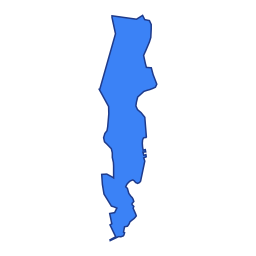 outline of Seo-gu [West District], Busan, South Korea
{"feature_id": "91817680B65504384218086", "entity_name": "Seo-gu [West District]", "entity_type": "district", "adm_level": 2, "iso_a3": "KOR", "parent_name": "South Korea", "parent_adm1": "Busan", "projection": "robinson", "projection_center": [129.018, 35.1], "detail": "fine", "context": "isolated", "style": "filled", "palette": "blue", "viewbox_px": 256, "rotation_deg": 0, "n_neighbors": 0, "source": "geoboundaries", "source_scale": "gbopen_adm2", "svg_char_len": 1495}
<svg xmlns="http://www.w3.org/2000/svg" viewBox="0 0 256 256"><path d="M101.7,174.4L102.4,184.5L104.0,194.1L111.4,206.1L114.1,206.9L116.9,208.1L114.6,212.6L109.7,213.5L111.8,223.8L110.0,224.9L115.7,236.8L110.0,239.8L110.2,240.6L118.6,236.6L120.0,236.7L120.8,236.8L123.3,235.9L123.9,235.0L124.6,232.7L123.5,232.2L124.5,226.8L127.5,226.2L129.1,223.9L129.9,221.9L131.8,220.3L134.1,218.5L135.3,217.2L136.3,215.9L135.7,214.1L133.1,208.2L133.8,206.4L132.1,204.7L132.1,203.4L133.8,201.5L133.1,199.2L132.2,197.6L130.9,196.3L128.8,193.4L127.4,188.4L126.8,187.8L125.7,186.8L126.8,184.4L128.5,182.4L130.3,180.9L132.8,179.9L134.3,180.9L135.6,182.5L137.6,183.4L139.5,182.5L140.6,181.1L144.8,161.1L143.7,157.9L146.2,156.8L145.9,154.6L143.8,155.3L142.9,152.1L145.7,151.9L145.3,149.6L143.2,150.1L142.6,147.3L142.3,143.2L142.6,139.8L143.5,137.9L146.6,137.2L146.4,137.3L144.8,117.3L141.2,112.8L137.5,109.6L135.9,106.0L136.4,102.2L137.7,97.0L143.9,91.4L147.1,90.3L149.7,89.6L152.6,88.5L155.4,87.2L156.8,84.2L153.1,74.6L151.3,67.8L146.4,67.4L145.3,63.3L143.6,55.4L144.2,54.0L145.8,50.5L149.4,42.0L150.8,37.5L151.2,29.0L151.2,24.5L149.4,20.6L144.7,19.6L142.6,15.4L136.5,19.2L112.0,15.8L112.0,17.5L115.5,33.8L99.8,89.2L99.2,89.3L108.6,106.5L108.8,113.9L107.7,126.7L107.0,130.7L104.9,133.4L103.6,137.7L104.5,141.8L107.0,144.2L111.3,148.7L112.3,152.8L112.3,157.5L113.4,162.4L113.6,166.0L113.6,172.8L113.6,177.9L111.8,176.8L106.8,174.1L102.6,174.3L101.7,174.4Z" fill="#3b82f6" stroke="#1e3a8a" stroke-width="1.5"/></svg>